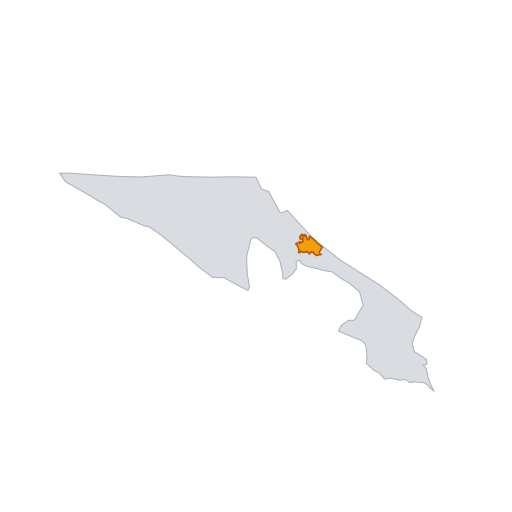 Rehovot, HaMerkaz, Israel shown in context, rotated 109°
{"feature_id": "584046B25822139954764", "entity_name": "Rehovot", "entity_type": "district", "adm_level": 2, "iso_a3": "ISR", "parent_name": "Israel", "parent_adm1": "HaMerkaz", "projection": "robinson", "projection_center": [34.769, 31.885], "detail": "fine", "context": "in_parent", "style": "filled", "palette": "amber", "viewbox_px": 512, "rotation_deg": 109, "n_neighbors": 0, "source": "geoboundaries", "source_scale": "gbopen_adm2", "svg_char_len": 4767}
<svg xmlns="http://www.w3.org/2000/svg" viewBox="0 0 512 512"><g transform="rotate(109 256 256)"><path d="M326.1,43.4L323.9,49.2L321.8,52.2L321.1,56.9L322.5,60.6L323.3,65.8L324.9,67.2L325.5,70.6L324.1,73.9L324.8,76.6L326.6,79.1L327.9,89.4L330.5,94.3L326.4,101.7L325.6,107.7L321.5,116.9L316.7,117.6L305.6,122.6L304.0,124.1L302.1,127.1L301.7,129.3L300.2,153.5L294.1,152.9L286.7,147.6L285.2,143.0L283.0,141.5L277.7,140.9L267.7,138.5L256.1,146.5L251.1,159.7L250.1,165.9L246.2,178.9L247.6,186.8L248.3,197.2L249.3,205.6L248.2,210.7L246.0,213.4L246.7,215.3L248.7,216.0L255.0,213.7L261.8,216.0L268.2,220.4L268.7,223.2L264.2,224.9L253.4,231.5L245.8,239.2L243.8,246.3L238.6,261.4L239.3,264.5L241.8,266.3L259.5,264.7L275.4,258.6L287.4,252.1L291.3,252.5L288.8,269.1L286.8,279.3L287.6,281.1L290.3,289.9L285.2,306.1L279.5,319.3L277.5,325.6L271.9,339.5L266.2,355.6L263.2,366.7L263.9,370.7L262.5,391.1L263.3,396.9L256.6,414.6L255.2,423.3L252.5,435.2L247.9,460.2L241.6,468.6L238.4,459.2L231.2,432.5L226.1,414.1L219.1,391.5L207.3,364.0L206.2,357.4L203.7,347.8L195.6,322.8L189.0,304.7L181.5,281.7L190.9,272.6L191.0,265.0L207.0,247.5L206.9,245.7L202.6,241.1L203.2,240.3L221.0,207.5L232.4,175.0L243.1,130.0L250.7,107.0L257.1,91.8L259.9,79.2L270.3,78.4L278.1,79.7L287.3,80.1L294.7,75.4L298.3,61.2L302.5,59.0L304.6,62.3L306.8,58.6L316.5,52.4L321.3,48.4L326.1,43.4Z" fill="#d9dde1" stroke="#a8b0b8" stroke-width="1"/><path d="M238.8,216.9L238.8,216.3L238.6,216.1L238.4,215.8L238.4,215.5L238.3,215.2L238.0,215.0L237.6,215.0L237.3,215.1L236.9,214.9L236.8,214.3L236.9,213.8L237.0,213.3L237.1,213.0L237.2,212.9L237.3,212.5L237.2,212.3L237.0,212.0L236.8,211.7L236.7,211.6L236.6,211.3L236.6,211.0L236.4,210.8L236.0,210.7L235.7,210.6L235.5,210.2L235.7,209.9L235.9,209.6L235.8,209.4L235.6,209.2L235.3,208.8L235.2,208.5L235.3,208.3L235.5,208.1L235.5,207.7L235.9,207.4L236.1,207.1L236.4,206.8L236.5,206.5L236.7,206.2L236.1,206.0L235.8,205.9L235.5,205.7L235.3,205.7L235.0,205.4L234.9,205.2L234.5,205.2L234.0,205.1L233.8,204.9L233.7,204.6L233.8,204.3L234.0,204.1L234.1,203.8L234.1,203.5L234.1,203.2L233.9,203.1L234.0,202.6L234.2,202.3L234.5,202.3L234.8,202.2L234.9,201.9L235.0,201.6L235.2,201.3L235.3,200.9L235.3,200.5L235.4,200.1L235.6,199.7L235.8,199.5L235.9,199.3L235.7,198.7L235.5,198.4L235.4,198.1L235.1,197.9L235.0,197.5L234.9,197.3L234.7,197.1L234.5,196.9L234.3,196.7L234.2,196.4L234.1,196.0L234.0,195.8L233.6,195.5L233.5,195.3L233.4,195.1L233.3,195.3L233.2,195.7L233.1,196.1L232.8,196.4L232.7,196.7L232.4,196.8L232.2,197.0L231.7,197.3L231.4,197.3L231.0,197.4L230.5,197.3L230.3,197.2L229.9,197.1L229.6,196.9L229.2,196.6L228.9,196.7L228.6,196.8L228.4,196.9L228.0,196.8L227.8,196.7L227.4,196.7L227.2,196.5L227.1,196.3L226.8,196.2L226.6,196.2L226.1,196.1L225.6,197.0L225.2,198.3L224.6,200.1L224.3,201.1L223.8,202.1L223.5,202.9L222.9,203.8L222.4,204.6L221.8,205.6L221.2,207.2L220.3,210.0L219.7,211.2L219.7,211.3L219.9,211.3L220.1,211.3L220.5,211.6L220.6,211.8L220.9,212.0L221.1,211.9L221.4,211.5L221.8,211.2L222.2,211.2L222.8,211.3L222.9,211.5L223.1,211.8L223.3,211.9L223.7,211.9L223.9,212.1L224.0,212.4L224.0,212.7L223.7,213.0L223.2,213.2L223.1,213.4L222.8,213.6L222.5,213.6L222.4,214.1L222.2,214.6L221.6,214.7L221.3,214.6L221.0,214.7L220.8,215.0L220.4,215.1L220.2,215.4L220.2,215.9L220.2,216.2L220.1,216.8L220.1,217.2L220.3,217.6L220.5,217.6L220.6,217.2L221.0,216.9L221.4,216.9L221.6,217.0L221.6,217.3L221.9,217.4L222.0,217.6L222.0,218.0L221.7,218.2L221.4,218.5L221.0,218.9L220.7,219.2L220.6,219.4L220.5,219.7L220.7,220.1L221.0,220.0L221.1,219.8L221.5,219.7L221.7,219.8L222.0,219.9L222.2,220.1L222.4,220.2L222.5,220.5L223.0,220.6L223.4,221.0L223.7,221.0L223.9,220.7L224.2,220.5L224.4,220.4L224.6,220.2L224.8,219.9L225.0,220.1L225.3,219.9L225.6,219.6L225.5,219.2L225.3,219.0L225.1,218.7L224.9,218.7L224.8,218.4L224.6,218.1L224.3,218.0L224.1,217.8L223.9,217.6L224.0,217.4L224.3,217.2L224.5,217.2L224.6,217.3L225.0,217.4L225.3,217.4L225.6,217.3L225.7,217.1L225.9,217.0L226.1,216.9L226.2,216.7L226.3,216.5L226.5,216.4L226.8,216.4L227.1,216.5L227.4,216.7L227.6,216.8L227.9,216.8L228.2,217.0L228.4,217.1L228.5,217.3L228.5,217.7L228.6,218.0L228.3,218.4L228.1,218.7L228.1,218.8L228.1,219.0L228.5,219.2L228.5,219.4L228.7,219.2L228.7,218.9L228.7,218.6L228.9,218.5L229.2,218.6L229.4,218.7L229.6,218.8L229.8,218.9L230.0,219.1L230.0,219.8L230.0,220.4L230.3,220.6L230.4,220.9L230.4,221.3L230.5,221.5L230.6,221.8L231.0,222.0L231.3,222.0L231.6,222.2L231.8,222.3L232.0,222.0L231.9,221.6L232.0,221.4L232.1,221.2L232.5,220.7L232.8,220.4L233.1,220.2L233.5,219.9L233.6,219.6L233.7,219.4L234.0,219.0L234.3,218.8L234.4,218.7L234.7,218.5L235.1,218.3L235.4,217.9L235.7,217.6L235.9,217.4L236.4,217.3L237.4,217.3L237.8,217.2L238.1,217.0L238.6,216.9L238.8,216.9Z" fill="#f59e0b" stroke="#b45309" stroke-width="1.5"/></g></svg>